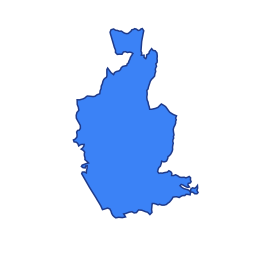 Eugênio de Castro, Rio Grande do Sul, Brazil, rotated 148°
{"feature_id": "56859067B78433093473596", "entity_name": "Eugênio de Castro", "entity_type": "district", "adm_level": 2, "iso_a3": "BRA", "parent_name": "Brazil", "parent_adm1": "Rio Grande do Sul", "projection": "natural_earth1", "projection_center": [-54.267, -28.578], "detail": "fine", "context": "isolated", "style": "filled", "palette": "blue", "viewbox_px": 256, "rotation_deg": 148, "n_neighbors": 0, "source": "geoboundaries", "source_scale": "gbopen_adm2", "svg_char_len": 3765}
<svg xmlns="http://www.w3.org/2000/svg" viewBox="0 0 256 256"><g transform="rotate(148 128 128)"><path d="M192.9,72.3L187.7,70.9L186.3,69.0L186.5,66.4L187.1,64.2L187.2,62.1L186.8,60.2L186.0,58.3L183.2,57.2L180.3,55.0L177.2,53.9L177.2,57.4L175.6,56.8L173.7,56.4L171.6,56.0L169.0,54.9L167.8,52.7L165.7,51.8L162.5,52.9L159.9,51.0L158.7,49.4L157.7,48.0L156.0,46.1L155.3,43.0L152.4,43.7L151.2,46.4L149.7,48.3L148.6,49.8L147.4,51.1L145.9,50.2L144.5,48.6L143.3,46.9L141.7,46.6L140.1,44.6L138.1,43.4L136.0,42.8L134.1,43.1L132.1,43.2L129.9,43.9L128.1,44.6L126.5,45.5L124.7,44.8L123.0,43.8L121.4,41.9L119.5,42.0L117.6,41.8L115.6,40.6L114.0,41.0L112.4,40.0L110.8,38.4L108.9,40.5L109.5,43.2L111.4,45.5L112.8,47.0L113.9,49.2L114.5,51.5L112.8,52.0L111.7,50.7L110.2,47.8L108.8,45.9L107.2,45.4L107.4,48.0L106.2,49.1L104.5,48.4L102.9,49.0L102.6,50.8L101.3,52.7L101.8,54.5L103.4,54.6L105.3,55.0L106.5,56.5L108.9,57.8L110.3,59.0L111.0,60.8L112.4,63.1L114.5,63.5L116.2,64.6L114.8,66.4L114.9,68.2L116.0,70.1L118.0,69.7L120.8,70.9L122.9,71.5L124.1,72.5L125.7,73.1L126.0,75.3L124.4,77.0L122.8,78.1L120.8,78.5L118.6,80.3L117.1,82.0L116.0,80.7L114.6,79.8L112.8,79.6L110.6,81.0L109.2,82.6L107.7,82.6L105.7,83.2L103.9,84.2L102.6,85.1L101.5,86.2L100.4,88.2L98.9,89.9L97.7,91.1L97.2,92.8L96.1,94.3L94.7,95.1L94.0,96.8L92.7,97.7L91.6,100.4L90.4,102.8L88.7,104.4L86.8,105.5L85.0,106.9L84.0,108.5L82.7,109.4L82.4,111.2L80.4,112.6L81.5,114.1L82.5,115.6L83.5,117.6L84.3,119.3L84.5,121.4L84.6,123.7L84.8,126.2L85.8,128.5L87.0,130.7L89.3,130.2L91.6,129.6L94.4,130.1L97.9,131.3L99.7,132.4L98.8,134.6L98.2,137.1L97.3,139.3L96.9,141.8L95.7,144.3L93.9,146.4L92.9,148.2L92.1,149.9L90.3,150.5L88.8,152.1L86.6,153.9L84.2,155.9L82.2,156.8L80.4,157.2L78.0,157.9L76.4,159.8L74.6,161.2L73.8,163.2L72.7,164.3L71.1,165.2L70.4,167.7L68.6,168.2L67.5,169.6L66.6,171.5L65.1,173.4L63.7,176.3L64.0,179.1L65.6,180.5L65.9,182.8L69.5,181.4L70.8,180.1L73.4,180.1L74.8,178.3L76.2,177.4L77.0,179.3L75.8,181.2L78.1,182.7L76.6,184.3L76.2,186.4L70.5,194.2L64.8,200.4L63.1,202.1L63.2,204.8L64.7,205.1L66.2,204.7L67.7,205.3L68.5,207.4L69.7,208.7L71.2,208.7L72.7,209.3L74.2,208.5L76.1,208.3L77.5,208.0L79.0,208.6L80.4,209.9L81.3,211.4L82.2,213.6L84.1,214.7L85.4,216.5L86.7,217.4L87.7,219.6L90.3,220.3L92.4,218.8L93.1,216.9L93.6,215.0L96.1,206.1L96.8,203.7L97.3,200.7L98.6,198.7L98.1,196.1L96.1,195.1L94.0,193.7L91.6,194.9L89.6,194.0L88.5,192.3L86.5,191.6L85.2,190.4L84.3,188.6L86.4,187.6L88.5,186.6L90.1,185.2L91.8,184.2L93.1,183.0L94.7,182.8L96.0,181.6L97.8,182.3L99.8,183.0L101.8,182.7L103.5,181.5L105.4,181.2L108.1,182.1L110.2,182.1L111.9,180.9L113.1,183.9L113.5,189.6L114.9,188.8L116.0,187.1L117.0,185.5L118.0,183.7L119.4,182.4L121.3,182.4L122.8,182.0L124.5,180.9L126.3,179.1L128.5,177.7L129.9,175.7L131.9,174.3L133.8,172.0L136.6,172.6L139.2,172.4L140.9,173.1L142.3,174.2L144.2,175.7L145.6,176.7L147.2,176.6L148.9,176.3L151.1,176.6L154.3,177.6L156.2,178.9L158.6,174.8L159.1,172.0L160.3,169.1L163.1,168.2L165.2,166.2L166.6,163.7L166.8,160.9L166.9,158.3L167.1,155.4L168.6,152.9L170.6,152.0L172.0,152.6L173.7,151.8L174.8,149.2L176.1,147.4L178.5,146.6L180.6,146.8L181.1,144.8L179.4,143.4L178.8,141.5L179.3,138.9L177.0,139.0L175.5,138.4L173.9,137.3L175.1,136.0L177.0,135.1L178.9,134.9L177.7,132.6L177.5,130.5L178.7,129.3L179.6,127.8L180.3,125.4L181.3,124.0L180.6,121.8L180.0,119.3L182.1,119.9L184.4,120.4L186.5,120.8L187.9,120.1L187.2,118.2L185.5,116.8L184.0,118.2L182.6,117.6L184.1,115.5L185.8,113.9L187.1,112.0L188.4,113.9L190.1,114.8L191.5,113.8L192.1,97.9L192.1,93.5L192.1,85.5L192.2,83.4L192.2,80.8L192.3,76.6L192.9,72.3ZM108.9,40.5L107.0,39.2L106.2,36.8L104.4,35.7L102.8,36.1L102.6,38.6L100.8,40.1L99.6,42.4L101.4,41.7L103.5,41.5L105.0,43.1L107.2,42.9L108.9,40.5Z" fill="#3b82f6" stroke="#1e3a8a" stroke-width="1.5"/></g></svg>